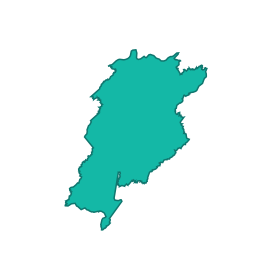 outline of Cáceres, Antioquia, Colombia, rotated 48°
{"feature_id": "7082276B67484439924814", "entity_name": "Cáceres", "entity_type": "district", "adm_level": 2, "iso_a3": "COL", "parent_name": "Colombia", "parent_adm1": "Antioquia", "projection": "equal_earth", "projection_center": [-75.222, 7.654], "detail": "fine", "context": "isolated", "style": "filled", "palette": "teal", "viewbox_px": 256, "rotation_deg": 48, "n_neighbors": 0, "source": "geoboundaries", "source_scale": "gbopen_adm2", "svg_char_len": 5848}
<svg xmlns="http://www.w3.org/2000/svg" viewBox="0 0 256 256"><g transform="rotate(48 128 128)"><path d="M145.8,224.7L146.5,220.7L148.6,217.7L151.6,218.4L152.5,217.9L157.3,217.4L158.6,213.5L161.3,213.3L163.0,212.1L163.5,212.3L166.0,211.2L166.7,210.3L167.8,209.7L169.9,205.9L170.7,205.9L170.7,204.6L172.3,203.4L175.3,202.5L179.2,203.7L179.1,205.1L178.3,207.2L178.8,208.8L181.8,213.1L182.7,213.3L183.2,214.1L184.8,214.6L186.0,215.8L186.8,214.9L186.7,212.6L187.1,212.4L187.2,211.3L187.0,210.3L186.3,209.6L186.9,208.9L187.0,207.1L186.7,204.8L185.9,205.0L185.2,204.4L185.0,203.4L184.0,202.4L182.9,202.5L178.4,181.6L176.9,181.1L176.3,181.7L175.5,183.8L172.9,186.0L170.9,185.4L154.6,165.0L155.0,165.0L155.1,163.8L155.6,163.5L156.6,164.1L157.0,165.4L158.6,166.1L159.1,166.9L158.8,167.4L159.5,167.8L159.3,168.7L160.0,169.0L160.1,170.3L161.4,171.2L161.4,172.6L162.0,172.8L162.6,174.0L163.1,173.9L163.3,172.8L164.8,173.4L165.6,172.9L165.9,173.4L166.6,171.0L169.0,169.5L168.5,169.1L168.9,167.6L168.6,166.7L170.5,166.4L170.1,165.8L170.4,164.8L169.7,160.2L170.3,160.5L170.8,160.2L170.5,158.6L171.9,158.9L172.2,157.9L172.8,159.3L172.9,158.9L173.7,158.9L174.1,158.5L173.8,158.0L174.7,157.8L173.9,156.1L175.4,154.1L176.1,154.2L176.2,154.6L176.7,153.5L178.0,154.3L178.9,153.5L179.1,153.7L179.2,153.3L180.1,153.2L179.7,152.2L180.9,151.6L180.2,149.7L180.4,149.4L179.4,148.7L179.0,147.3L177.9,146.4L175.4,141.8L175.4,140.3L176.3,139.6L176.2,138.6L175.5,138.3L175.7,137.3L176.1,137.2L177.0,134.8L176.9,132.6L176.0,132.5L176.1,132.1L176.8,129.9L177.3,129.6L176.3,128.0L175.0,128.2L175.3,126.7L176.9,125.3L175.9,122.7L176.5,121.4L177.7,120.2L177.3,119.5L178.8,117.9L178.3,116.8L178.9,114.9L178.9,113.5L178.6,113.1L178.2,113.3L178.9,112.6L179.1,111.4L178.3,109.7L178.4,109.0L175.9,108.1L176.8,107.7L177.2,106.9L176.6,104.3L177.0,104.1L177.3,102.7L178.7,102.4L178.1,101.1L177.5,97.6L178.7,96.4L177.7,95.4L178.0,93.9L177.6,90.4L177.4,90.0L175.3,91.1L174.3,90.9L171.3,88.9L169.9,89.7L169.3,89.2L169.1,89.8L168.6,88.9L168.2,89.0L166.3,87.5L165.6,87.4L165.5,87.7L164.7,87.2L164.4,87.4L163.8,86.0L163.5,86.3L161.3,86.4L161.2,85.0L160.6,85.7L159.1,85.6L158.6,85.2L157.4,79.4L156.8,80.6L155.4,80.4L155.1,81.0L153.9,80.2L153.1,81.7L152.6,80.6L151.0,79.2L150.3,80.9L151.1,81.9L150.3,82.8L148.5,82.6L147.3,81.5L146.9,81.7L146.5,80.9L145.7,80.4L145.4,79.8L145.7,79.0L143.8,76.6L144.0,72.9L144.5,72.5L144.8,70.5L144.5,69.1L143.5,68.3L142.6,68.3L142.5,67.9L142.8,67.6L141.9,66.1L141.9,65.6L141.1,64.8L141.3,64.2L143.1,63.8L143.0,63.3L144.1,60.6L143.7,59.7L143.2,59.9L143.0,59.2L143.8,59.0L143.5,58.5L143.6,57.7L145.1,55.4L146.0,53.1L146.1,51.8L144.3,47.4L144.7,42.8L142.7,39.1L142.2,37.6L142.4,36.1L142.0,35.2L140.1,33.6L138.1,32.7L136.6,29.7L136.0,30.3L135.2,30.0L134.9,30.4L134.9,31.0L135.6,32.1L135.0,33.5L134.1,33.3L133.7,33.9L132.5,32.8L132.7,32.0L131.9,31.8L131.5,31.1L130.7,31.2L130.3,32.2L130.8,33.2L130.2,33.2L129.8,34.0L130.2,35.3L129.7,35.9L130.1,36.9L129.5,37.5L128.9,37.0L129.3,38.6L129.2,39.6L128.5,40.3L128.5,39.8L127.5,40.4L127.9,40.7L127.1,41.2L126.8,42.2L126.3,41.9L125.9,42.6L124.4,42.4L125.0,43.0L124.4,43.3L124.5,43.7L124.1,44.1L124.7,45.0L124.7,46.5L122.4,46.8L121.9,47.5L122.7,47.7L123.6,49.4L123.3,50.7L124.0,51.9L123.5,52.0L123.6,52.5L123.2,53.5L122.6,52.9L117.9,52.0L117.3,51.0L116.8,51.1L116.5,52.1L115.0,51.5L115.1,47.8L113.2,46.2L112.9,45.4L113.2,44.1L112.5,44.1L111.5,45.3L110.0,46.0L109.6,46.7L108.9,46.6L108.6,47.2L107.9,47.3L107.1,47.1L106.7,41.5L106.4,41.4L106.0,40.2L104.9,41.7L104.9,46.0L104.3,47.5L103.3,48.7L102.7,51.1L103.0,54.4L102.2,56.5L100.3,58.5L97.8,58.7L95.0,60.3L91.5,60.4L88.3,62.2L87.6,63.5L88.0,67.2L87.2,67.9L85.5,68.1L85.1,72.3L83.9,74.5L82.6,75.0L81.4,74.6L78.2,71.3L75.2,69.8L73.3,72.4L73.1,74.1L75.9,77.9L76.4,79.8L76.3,81.6L75.6,83.6L74.6,85.4L71.4,88.2L70.7,89.4L70.2,91.9L70.3,97.0L70.0,98.1L69.2,99.3L68.8,101.5L69.8,99.6L70.8,99.8L71.4,99.3L71.7,100.0L72.2,99.5L72.6,100.1L73.4,100.2L75.1,98.8L75.9,98.9L76.0,97.9L77.1,98.4L77.1,98.9L77.7,99.2L77.6,100.0L78.0,100.2L77.5,101.0L77.7,101.4L77.4,101.6L77.9,102.3L77.7,102.6L78.6,103.6L78.3,106.7L79.2,108.7L79.2,109.0L78.9,110.4L78.3,110.4L78.5,110.9L78.3,111.5L77.6,112.0L77.7,114.0L77.2,114.6L77.4,115.5L77.8,115.5L77.7,116.7L78.0,117.3L77.7,118.3L78.2,119.3L78.8,119.5L78.9,121.6L80.0,123.0L79.9,134.6L80.9,133.7L81.0,133.1L81.9,133.3L82.3,134.2L82.9,133.9L82.8,134.3L83.3,134.3L83.6,133.8L83.9,134.2L83.9,133.2L84.7,130.7L85.0,130.6L84.8,130.4L85.3,130.5L85.8,129.7L86.1,130.1L86.8,129.9L86.8,130.8L87.4,130.6L87.4,130.9L87.7,130.4L87.9,130.8L88.7,130.5L89.0,129.8L90.3,130.8L90.4,131.5L91.0,131.3L91.7,131.7L92.2,131.3L92.5,131.6L93.3,131.3L93.2,131.9L94.3,133.1L93.9,133.9L94.1,134.6L93.2,135.7L95.1,135.6L95.2,136.9L96.1,137.5L95.7,138.8L96.3,139.3L96.6,138.9L96.7,139.5L97.3,139.6L97.2,140.1L97.5,139.8L97.5,150.9L98.9,151.2L100.0,154.2L99.9,155.8L100.5,156.9L102.0,159.7L103.1,160.4L104.8,162.4L105.0,164.9L105.6,166.3L119.6,167.0L119.4,168.3L122.0,170.4L121.6,171.2L123.5,172.6L123.1,173.6L123.6,174.5L123.4,175.2L122.4,175.8L122.2,176.6L123.7,177.0L123.6,178.4L124.7,179.7L124.2,180.5L123.4,180.7L124.4,183.2L124.0,183.4L123.3,183.1L123.1,184.9L124.3,186.4L124.0,187.2L124.6,187.4L124.9,188.4L125.5,188.4L124.7,190.3L124.9,190.5L125.1,190.1L125.5,191.5L125.4,192.0L126.4,192.9L127.1,192.9L127.2,193.3L127.9,192.8L128.4,193.5L128.5,194.3L130.2,194.5L130.9,194.1L131.4,195.9L133.3,195.2L134.2,197.0L133.9,198.0L136.0,201.5L135.1,202.2L135.4,204.6L135.3,208.0L134.0,210.2L133.9,211.9L135.2,212.8L135.5,212.1L136.0,212.2L136.8,213.4L137.7,212.7L138.1,213.8L138.9,214.0L139.6,215.4L139.4,217.1L139.9,217.1L139.9,217.8L141.6,219.7L141.2,220.2L141.3,220.7L140.9,222.1L141.2,222.4L140.8,222.9L141.4,222.9L141.3,223.8L141.9,224.4L143.3,223.9L143.8,225.1L143.1,225.2L143.3,226.1L144.0,225.6L144.2,226.3L145.8,224.7Z" fill="#14b8a6" stroke="#0f766e" stroke-width="1.5"/></g></svg>